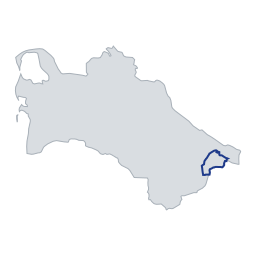 Dostluk, Chardzhou, Turkmenistan (highlighted)
{"feature_id": "10190150B13703090222147", "entity_name": "Dostluk", "entity_type": "district", "adm_level": 2, "iso_a3": "TKM", "parent_name": "Turkmenistan", "parent_adm1": "Chardzhou", "projection": "albers", "projection_center": [65.017, 37.433], "detail": "fine", "context": "in_parent", "style": "outline", "palette": "blue", "viewbox_px": 256, "rotation_deg": 0, "n_neighbors": 0, "source": "geoboundaries", "source_scale": "gbopen_adm2", "svg_char_len": 4683}
<svg xmlns="http://www.w3.org/2000/svg" viewBox="0 0 256 256"><path d="M69.6,73.4L82.2,75.2L86.1,76.1L87.8,74.4L87.8,73.9L87.2,73.5L86.4,72.2L86.3,63.5L87.5,62.4L88.8,61.6L90.9,59.1L91.9,58.3L93.4,57.8L98.2,58.0L100.3,57.6L102.2,54.7L102.7,52.9L104.1,51.6L104.8,51.7L108.0,53.1L108.6,53.8L109.6,56.1L110.8,56.0L111.0,55.7L110.9,55.2L110.1,53.7L108.2,51.0L106.4,49.3L106.2,48.8L108.0,47.6L111.4,48.4L112.3,48.1L113.3,46.1L117.5,51.0L118.3,51.5L121.8,52.3L122.4,53.0L123.5,55.7L124.6,56.4L126.1,57.0L132.5,57.5L134.4,59.4L134.7,59.8L134.3,61.0L134.0,63.4L133.5,64.3L133.8,64.8L136.0,65.9L137.3,67.5L137.4,68.2L137.0,68.6L135.9,68.3L135.3,69.0L135.3,70.2L136.0,71.4L136.2,72.5L134.9,74.9L134.8,76.0L135.2,76.6L140.8,80.6L141.7,80.8L147.4,80.4L148.4,80.8L153.4,81.9L154.7,81.8L155.7,80.6L156.6,80.2L157.5,80.2L159.8,81.0L162.2,82.8L163.8,84.3L164.6,85.6L166.6,93.1L168.1,96.1L169.8,97.7L170.9,100.6L171.8,106.9L172.5,108.2L175.1,110.8L188.9,121.2L193.1,125.9L199.6,130.4L202.0,129.9L207.2,134.6L210.4,136.4L214.7,139.2L223.6,145.5L225.5,145.8L227.7,144.9L229.6,145.4L233.0,147.0L236.6,149.4L239.7,150.2L240.6,151.3L240.6,151.8L239.0,155.0L238.8,158.9L239.0,164.2L238.2,164.3L232.1,162.9L226.3,159.7L224.9,160.8L224.2,161.9L222.8,166.5L214.9,166.8L210.3,169.0L206.0,183.9L205.0,185.8L202.4,188.2L197.8,190.6L197.1,191.5L197.0,192.4L196.4,192.7L193.9,192.6L184.2,195.8L182.1,195.7L181.3,196.0L180.9,196.5L181.9,199.5L181.0,200.4L180.3,201.8L179.8,204.4L173.3,208.3L172.0,208.7L169.4,208.3L168.1,208.7L166.7,209.9L166.1,209.5L165.8,208.2L165.1,207.3L161.3,204.0L156.7,204.3L155.0,204.0L153.7,203.4L151.7,201.5L150.4,199.6L149.0,199.8L148.6,198.9L148.6,198.0L149.0,196.8L149.0,194.5L148.3,192.9L147.4,192.2L148.5,189.6L148.6,187.7L148.0,185.5L147.9,182.5L148.2,179.6L147.4,178.0L134.2,177.5L129.8,170.4L128.0,168.6L121.6,165.4L119.9,163.7L118.5,161.9L118.3,159.5L117.6,158.1L116.6,157.8L111.7,154.8L109.7,153.9L106.9,154.4L105.3,153.5L103.3,154.4L102.5,154.4L100.4,153.7L98.1,151.0L96.0,149.8L91.6,147.9L88.5,147.2L85.8,146.0L85.5,145.6L85.6,143.5L85.3,142.6L84.6,141.5L83.5,140.6L78.8,140.3L76.6,139.3L74.9,139.0L71.1,138.9L69.8,139.3L69.1,139.9L68.4,141.9L68.0,142.2L64.3,141.9L56.5,140.6L53.1,141.3L47.7,143.9L44.5,146.3L43.5,147.3L41.3,151.8L40.4,152.4L39.4,152.8L38.4,152.8L33.5,154.1L31.6,154.3L27.0,153.5L26.7,146.5L27.0,141.1L28.4,133.6L28.7,128.7L30.3,121.5L30.3,119.7L28.3,116.1L28.2,113.9L26.8,113.5L24.7,111.4L22.6,110.4L21.4,110.2L20.3,110.6L19.4,111.6L19.1,109.8L19.4,108.0L21.6,104.5L22.6,105.7L24.0,106.4L27.4,106.6L27.3,105.2L25.6,103.7L25.5,102.0L25.8,100.3L26.5,98.7L26.0,98.0L25.3,97.5L23.4,97.3L18.6,96.1L17.8,97.9L18.8,100.6L17.0,97.4L15.9,94.3L15.4,90.7L15.7,86.9L18.3,81.1L20.8,73.9L22.2,77.3L23.4,78.8L26.3,80.1L27.8,80.0L29.4,79.4L30.9,79.9L32.9,83.4L34.5,83.9L38.2,83.1L39.9,83.0L41.3,83.7L42.8,83.9L42.3,82.3L42.2,80.8L43.1,80.2L45.8,81.3L48.1,80.7L48.5,80.4L48.9,79.1L48.9,76.6L48.5,75.4L47.4,73.8L42.9,69.7L41.4,68.0L40.3,66.0L38.9,58.5L37.8,53.6L37.2,52.9L34.4,52.2L28.9,52.7L27.1,52.2L26.1,52.6L23.7,54.3L22.5,55.8L20.6,59.5L21.5,60.9L19.8,67.3L19.9,70.1L19.7,70.3L18.6,66.6L16.8,62.9L15.7,57.4L19.3,54.4L22.4,52.3L25.5,50.9L28.7,50.0L35.8,49.0L39.6,48.7L42.7,49.0L44.9,50.4L50.8,55.3L53.3,58.0L54.0,59.1L54.5,61.5L58.4,69.3L59.4,70.5L61.0,73.0L62.7,73.9L69.6,73.4ZM17.4,121.2L17.2,122.2L16.7,119.1L16.6,115.8L17.3,114.9L17.9,115.0L17.2,116.1L17.4,121.2Z" fill="#d9dde1" stroke="#a8b0b8" stroke-width="1"/><path d="M213.9,150.8L212.8,151.5L211.4,152.3L210.4,153.0L210.2,153.2L209.4,153.6L209.2,154.1L208.5,155.3L208.2,155.7L207.7,156.5L207.2,157.4L206.6,158.3L206.2,158.6L205.9,159.0L205.6,159.6L205.1,160.1L204.5,161.1L204.3,162.0L204.2,163.1L204.1,163.3L204.0,164.3L203.0,164.9L202.6,165.1L201.8,165.8L202.0,167.0L202.2,168.2L202.4,170.2L202.6,171.7L202.8,173.1L203.1,174.3L203.1,174.9L205.0,175.0L205.1,174.9L205.3,174.7L206.1,174.6L207.2,174.6L207.9,174.6L208.1,174.6L209.4,174.7L209.5,174.7L209.7,173.9L209.8,173.2L209.9,172.3L209.7,171.4L209.5,170.7L209.6,169.8L209.9,169.2L210.6,168.9L211.6,168.5L212.6,167.9L213.3,167.4L214.0,167.5L215.0,167.1L215.8,166.9L218.7,167.0L219.8,167.0L220.6,167.0L221.2,167.2L222.3,167.3L222.8,166.8L223.2,166.6L223.7,165.8L224.2,165.0L224.1,163.4L224.6,162.1L225.0,161.0L225.6,161.0L226.5,161.1L226.7,159.7L226.9,159.2L227.3,158.6L227.6,158.5L227.2,158.3L226.6,158.2L225.6,157.8L224.5,157.1L223.5,156.5L223.4,156.4L222.6,155.9L221.7,155.3L221.1,155.3L220.6,155.3L219.9,155.3L219.7,155.2L219.3,154.7L219.3,154.2L219.3,153.2L219.3,152.1L218.7,151.9L218.0,152.5L217.6,152.7L216.9,152.4L216.4,152.1L216.7,151.4L217.0,150.9L216.5,150.5L216.0,150.3L215.0,150.5L213.9,150.8Z" fill="none" stroke="#1e3a8a" stroke-width="2"/></svg>